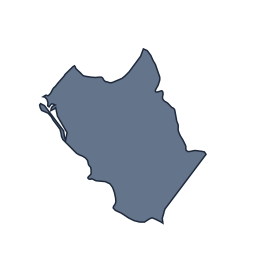 SVG path tracing the border of Stann Creek, rotated 128°
{"feature_id": "BLZ-1355", "entity_name": "Stann Creek", "entity_type": "District", "adm_level": 1, "iso_a3": "BLZ", "parent_name": "Belize", "parent_adm1": "", "projection": "albers", "projection_center": [-88.471, 16.817], "detail": "fine", "context": "isolated", "style": "filled", "palette": "slate", "viewbox_px": 256, "rotation_deg": 128, "n_neighbors": 0, "source": "natural_earth", "source_scale": "10m", "svg_char_len": 2132}
<svg xmlns="http://www.w3.org/2000/svg" viewBox="0 0 256 256"><g transform="rotate(128 128 128)"><path d="M181.5,41.9L181.7,44.2L183.0,50.4L184.0,53.8L186.5,55.2L192.0,57.1L195.1,61.2L197.3,66.4L198.5,72.2L199.2,80.8L200.7,87.4L200.1,90.5L198.5,91.2L196.2,91.2L193.7,92.1L190.8,94.7L187.3,98.8L184.3,103.5L183.1,107.8L184.2,112.8L189.3,120.8L190.3,125.4L190.8,125.5L191.7,126.2L192.3,127.4L192.1,128.9L191.1,129.2L187.7,128.8L186.6,129.0L183.4,131.6L182.0,133.2L181.5,135.7L180.9,137.0L179.7,138.3L178.4,140.1L177.8,143.0L178.1,146.2L179.3,150.4L179.6,153.1L177.2,172.2L175.6,175.2L173.4,177.5L170.8,180.9L167.8,192.0L166.4,195.3L165.5,200.1L167.3,206.9L166.2,209.4L164.3,211.8L162.6,211.9L161.8,207.7L169.9,177.0L174.3,172.4L175.9,169.7L169.1,173.2L162.1,190.9L156.5,197.5L158.2,197.8L161.8,199.5L160.1,200.4L158.7,200.8L157.1,200.6L154.7,199.5L155.3,201.9L155.9,203.0L157.3,203.3L160.0,203.2L160.0,204.9L157.3,206.7L155.3,209.5L154.9,212.7L155.6,214.1L152.6,212.9L151.9,210.9L150.8,210.6L148.2,210.4L142.9,211.3L141.7,211.2L140.3,210.9L137.6,210.8L136.5,210.9L126.3,210.3L125.5,210.5L123.9,210.5L113.4,209.1L111.9,208.4L112.3,207.2L112.8,206.5L113.3,205.5L113.4,204.4L113.5,203.5L113.9,199.0L114.2,197.3L114.3,196.4L114.3,195.4L113.8,194.1L112.7,192.0L112.1,191.0L111.5,189.8L110.8,188.7L110.3,187.7L109.4,186.6L108.6,185.2L105.4,181.7L104.3,180.2L104.2,178.9L105.2,176.4L105.3,175.3L105.2,174.2L104.5,173.0L103.8,170.8L103.0,169.5L101.7,168.3L92.7,163.3L88.9,162.4L83.1,161.7L63.7,162.2L56.2,164.6L55.3,161.1L55.3,160.0L56.8,154.7L59.5,149.6L61.1,145.5L68.2,134.5L69.5,133.3L70.9,132.4L75.8,130.6L80.5,129.9L81.5,129.6L82.3,128.9L82.4,128.0L81.4,126.9L78.0,124.5L77.8,123.5L78.3,122.6L79.7,121.2L82.2,120.0L83.1,119.3L83.7,118.5L84.2,117.3L84.4,115.9L84.0,112.6L84.1,111.2L84.7,107.5L84.8,105.9L84.5,104.8L84.5,103.6L85.0,102.3L92.7,93.7L94.5,90.6L95.8,89.4L98.8,87.2L100.4,84.9L102.0,81.9L103.6,77.5L106.2,72.1L107.1,70.9L108.5,69.9L109.7,68.6L109.8,66.4L108.1,64.5L104.5,61.4L100.8,55.2L99.8,53.0L100.7,50.3L169.0,49.0L171.5,48.2L172.8,47.5L178.1,45.4L181.5,41.9Z" fill="#64748b" stroke="#1e293b" stroke-width="1.5"/></g></svg>